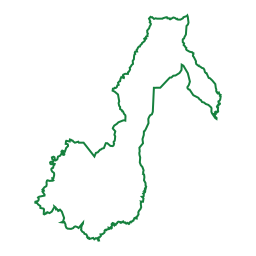 Ipameri, Goiás, Brazil
{"feature_id": "56859067B29247640267498", "entity_name": "Ipameri", "entity_type": "district", "adm_level": 2, "iso_a3": "BRA", "parent_name": "Brazil", "parent_adm1": "Goiás", "projection": "natural_earth1", "projection_center": [-48.016, -17.457], "detail": "fine", "context": "isolated", "style": "outline", "palette": "green", "viewbox_px": 256, "rotation_deg": 0, "n_neighbors": 0, "source": "geoboundaries", "source_scale": "gbopen_adm2", "svg_char_len": 5808}
<svg xmlns="http://www.w3.org/2000/svg" viewBox="0 0 256 256"><path d="M218.4,101.4L219.6,100.7L220.2,99.5L220.7,96.4L220.0,96.0L220.5,94.9L219.7,94.7L218.9,92.7L218.4,93.2L217.9,92.7L217.6,93.2L216.9,92.5L216.2,91.0L216.3,89.4L215.8,88.0L215.3,84.1L212.3,80.5L209.9,78.2L208.7,77.9L206.5,73.1L205.9,73.1L204.9,72.0L204.3,69.6L203.5,68.4L201.7,67.8L200.4,66.7L199.0,66.2L198.8,65.5L198.2,65.6L196.3,64.1L195.8,62.2L196.0,61.3L193.8,57.0L193.0,56.1L192.9,55.4L193.5,54.0L193.4,53.3L192.9,53.4L192.3,52.3L189.6,51.7L186.6,50.0L186.1,49.2L186.3,47.8L185.5,47.4L185.1,46.4L183.6,45.0L184.1,43.4L182.8,42.2L182.7,39.8L183.0,39.1L184.1,38.4L184.4,37.2L185.9,34.5L186.5,26.0L187.9,24.5L188.5,22.7L187.8,16.9L187.3,15.4L186.7,16.1L183.5,17.2L182.9,18.3L180.5,19.6L178.1,19.6L177.3,19.4L177.1,18.8L176.2,18.9L174.9,17.9L173.3,17.5L170.3,19.3L169.8,19.2L169.7,18.4L167.4,18.3L167.2,17.4L166.4,17.2L163.0,18.2L162.5,18.7L157.2,18.7L155.6,18.3L154.0,18.9L152.0,17.1L151.2,17.4L150.5,16.9L149.0,18.6L150.3,21.3L149.7,22.2L150.8,23.6L150.8,24.5L149.7,26.4L149.1,28.3L147.2,30.5L147.3,32.8L147.9,33.5L147.4,34.9L147.5,36.2L146.3,36.4L145.9,36.9L145.8,37.9L146.2,38.6L145.6,39.0L144.6,38.4L144.2,38.8L144.9,39.8L144.9,40.5L144.3,41.3L142.0,43.1L141.9,43.8L140.3,45.3L139.9,46.5L138.9,46.6L137.9,47.7L137.6,48.7L136.6,50.0L137.1,51.5L135.2,51.7L134.8,52.6L135.2,54.0L134.5,54.4L134.1,55.9L133.9,59.2L132.7,61.0L133.0,63.9L131.5,65.2L130.8,66.6L129.7,67.7L130.1,69.5L128.8,71.8L128.0,72.3L127.9,73.9L125.2,73.8L123.2,74.7L122.9,75.5L124.0,77.2L123.8,78.0L121.3,77.1L120.4,79.1L120.1,81.2L119.4,81.3L118.0,82.8L118.7,84.8L117.3,85.4L116.8,87.1L115.7,88.0L114.6,87.8L114.2,88.5L112.9,88.7L112.6,90.7L114.6,91.6L118.0,94.5L119.2,101.4L118.6,103.1L119.2,105.9L120.1,106.9L120.1,109.1L121.9,110.2L122.2,111.3L123.0,111.4L124.0,113.8L125.3,115.2L125.5,116.3L125.3,120.6L124.4,120.3L123.2,120.4L118.4,122.3L116.8,123.9L114.2,125.6L113.0,127.7L112.8,128.5L115.3,131.3L114.4,134.8L115.2,136.3L114.9,139.6L114.7,140.8L113.7,141.7L113.7,143.0L114.1,143.7L113.5,145.5L112.7,146.1L110.4,145.9L107.3,143.2L105.8,143.2L103.9,148.1L101.9,148.7L100.8,149.6L100.0,149.8L97.8,152.3L95.9,152.9L94.4,156.5L83.6,142.7L78.9,142.7L78.3,141.7L74.9,142.7L73.4,141.6L72.5,140.5L71.6,140.5L71.0,139.8L69.9,139.5L69.7,141.5L66.3,140.8L66.0,141.2L65.7,143.9L67.5,144.1L68.0,145.0L68.0,146.1L66.2,147.9L64.9,151.6L62.2,150.6L61.4,151.5L61.6,152.3L63.9,153.3L64.4,154.1L64.2,154.7L63.3,154.9L61.9,153.8L61.3,153.9L60.1,155.8L58.0,156.6L57.3,159.4L55.6,160.5L55.0,160.2L54.5,157.3L54.0,156.9L53.4,156.7L51.9,157.4L52.4,159.4L53.4,160.1L53.6,160.8L52.7,162.1L51.2,161.7L50.1,162.4L50.4,163.8L50.9,164.1L52.1,164.1L53.3,163.5L54.7,163.9L54.4,164.8L53.6,165.3L53.1,167.8L51.8,168.3L51.3,169.1L51.5,170.3L52.3,171.7L53.8,172.7L54.1,173.5L54.2,175.1L53.4,178.3L52.3,178.2L52.4,179.4L53.3,180.4L52.7,180.7L49.4,180.9L47.7,180.3L47.0,180.6L46.5,182.3L46.7,184.5L46.3,186.2L44.5,187.2L42.6,189.5L43.7,190.1L43.9,190.7L42.6,190.9L42.4,191.5L44.6,194.7L44.5,195.6L39.2,196.7L38.0,197.5L38.8,198.9L38.4,200.5L37.9,201.0L35.4,201.7L35.3,202.7L37.3,203.2L38.0,204.4L40.3,206.0L40.4,208.0L43.5,208.6L44.0,209.3L43.7,214.0L44.3,214.4L45.9,213.6L46.1,212.9L46.7,213.1L47.3,212.2L49.5,213.1L51.8,211.6L53.8,208.0L54.6,207.5L54.4,206.5L55.8,207.6L56.0,209.4L57.1,209.2L58.2,211.0L58.9,210.7L59.2,209.9L60.0,209.6L61.8,211.6L64.1,218.0L63.0,221.6L61.5,222.3L63.1,222.5L64.4,222.1L65.5,224.4L65.5,225.6L66.3,227.7L67.5,228.6L71.0,228.9L73.2,228.1L74.2,226.9L75.3,226.4L77.0,226.9L78.6,228.0L83.0,222.7L82.9,223.8L82.1,224.9L81.5,226.6L81.2,228.0L81.4,228.9L81.0,229.8L82.4,231.8L83.9,232.5L84.4,233.8L86.3,234.4L87.3,236.3L87.1,236.9L87.7,237.1L87.8,238.1L88.3,238.4L89.1,238.0L89.5,238.9L93.2,237.9L94.3,239.3L96.0,238.1L97.7,239.0L98.4,240.6L99.0,240.5L98.2,237.7L98.8,237.3L99.6,237.3L100.9,235.9L100.5,234.4L102.4,234.2L104.2,232.9L104.7,232.0L104.5,230.9L105.3,229.8L105.9,229.7L106.4,230.1L107.1,229.4L108.8,229.1L108.6,227.7L111.1,228.6L111.7,228.2L111.8,227.5L111.1,226.8L112.2,225.6L111.6,224.2L112.6,223.0L113.2,223.2L112.9,224.6L113.8,223.8L114.4,225.3L115.1,224.4L115.7,224.8L116.3,223.6L117.1,223.3L117.4,222.4L118.3,221.7L120.2,222.0L120.5,222.8L121.1,222.8L122.2,221.8L122.7,222.1L123.3,221.5L124.3,222.7L125.4,222.5L125.8,223.4L126.6,223.6L127.4,222.9L128.9,224.0L129.3,223.7L129.5,222.6L130.4,221.9L131.0,222.2L131.3,221.5L132.3,221.4L132.8,220.7L133.4,220.6L134.4,218.1L135.6,217.6L135.8,218.4L136.7,218.5L136.5,217.0L137.4,216.4L137.6,215.6L138.5,214.6L138.3,212.3L139.0,210.8L140.4,209.1L141.2,207.2L140.8,204.1L140.8,202.9L141.4,202.2L141.0,201.5L143.0,201.7L143.5,198.4L142.0,196.8L143.1,196.7L143.7,196.1L143.8,194.2L143.2,193.5L144.9,192.3L145.2,191.7L145.0,190.8L144.3,190.8L144.8,190.2L144.9,188.9L145.5,189.3L146.2,186.5L145.6,185.8L145.5,183.0L144.0,180.3L144.4,177.1L144.1,174.8L143.0,174.0L143.4,173.3L143.1,172.3L143.6,170.3L142.4,167.0L140.8,165.1L139.8,162.5L140.2,157.4L139.5,155.0L139.3,152.9L139.7,151.4L139.4,147.7L143.0,143.3L142.5,139.1L143.8,134.9L143.9,131.4L144.5,131.2L145.6,129.5L148.5,123.2L148.3,119.0L149.0,117.2L150.1,115.3L151.9,114.3L152.8,111.8L153.9,87.8L160.3,87.7L169.8,77.6L171.4,77.5L173.3,75.7L175.5,75.5L179.5,73.0L181.5,70.0L181.7,64.7L183.4,65.7L187.8,73.2L189.9,81.6L188.8,85.1L187.4,87.1L187.5,88.1L188.5,89.4L189.6,89.6L193.3,95.2L198.4,97.8L199.5,99.4L200.9,100.1L202.0,102.0L204.0,102.5L205.8,104.0L208.4,104.9L211.2,107.5L211.5,108.4L211.4,111.8L212.0,113.3L215.2,118.0L216.5,118.9L216.6,118.0L215.0,116.4L214.9,115.4L214.3,114.9L214.0,114.0L215.7,114.0L215.7,113.4L215.0,112.2L215.6,111.8L216.1,112.9L217.5,112.2L217.4,111.5L218.1,111.3L217.9,109.5L218.1,107.3L217.2,107.3L216.9,106.6L217.8,105.1L218.7,105.0L219.8,104.1L219.9,103.5L218.7,103.1L218.4,101.4Z" fill="none" stroke="#15803d" stroke-width="2"/></svg>